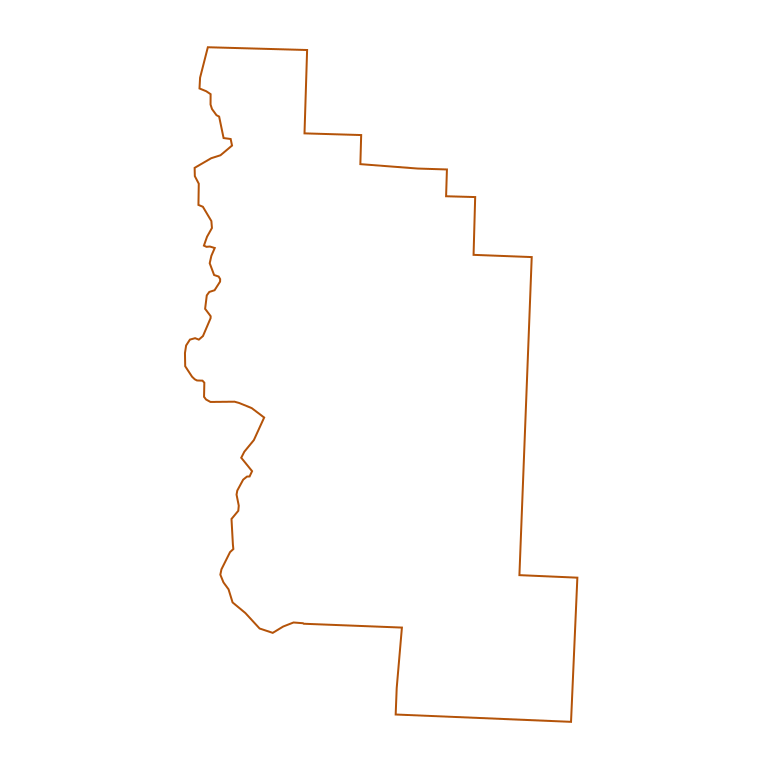 the district of Clark, Idaho, United States of America, rotated 272°
{"feature_id": "52423323B27983791088415", "entity_name": "Clark", "entity_type": "district", "adm_level": 2, "iso_a3": "USA", "parent_name": "United States of America", "parent_adm1": "Idaho", "projection": "orthographic", "projection_center": [-112.256, 44.271], "detail": "fine", "context": "isolated", "style": "outline", "palette": "amber", "viewbox_px": 768, "rotation_deg": 272, "n_neighbors": 0, "source": "geoboundaries", "source_scale": "gbopen_adm2", "svg_char_len": 1386}
<svg xmlns="http://www.w3.org/2000/svg" viewBox="0 0 768 768"><g transform="rotate(272 384 384)"><path d="M54.1,407.2L52.9,582.7L197.2,584.0L197.7,526.0L457.4,527.0L516.0,527.2L516.2,469.0L574.0,468.6L573.8,439.5L600.6,439.4L600.5,410.1L602.9,352.7L632.0,352.5L631.7,295.8L715.1,295.5L714.4,196.2L683.7,189.5L672.9,189.3L670.4,196.1L667.6,200.6L657.2,200.9L652.8,202.5L646.8,207.2L645.5,209.9L624.2,215.1L623.5,222.2L617.0,223.8L606.9,212.6L603.6,203.4L593.4,187.2L585.1,187.7L577.7,191.9L556.5,192.3L554.8,196.8L540.8,205.8L533.9,206.6L525.0,202.0L516.0,199.2L514.9,201.8L515.3,205.2L514.0,210.1L506.1,207.0L498.6,205.6L487.0,210.4L485.6,215.0L483.1,216.6L480.6,216.6L471.8,211.4L469.9,206.2L466.4,203.8L452.9,202.6L445.7,208.4L443.7,208.4L425.6,201.4L421.9,197.4L423.2,193.6L421.6,188.5L415.6,184.9L408.0,184.0L394.8,184.7L384.6,191.9L382.1,194.7L381.0,197.0L381.0,202.5L379.0,204.4L364.9,204.6L362.3,206.7L360.0,211.2L361.1,235.2L360.0,239.8L355.3,252.6L346.3,265.4L323.4,255.9L311.5,246.8L305.3,243.9L292.3,255.2L286.9,252.9L286.7,250.3L283.5,246.6L272.4,241.1L268.3,240.5L257.3,243.1L252.2,242.8L243.8,236.3L218.2,238.6L213.8,239.2L210.6,236.0L193.1,228.0L187.7,227.1L180.1,230.5L173.4,235.8L160.4,240.3L150.3,253.4L135.3,268.2L131.4,281.5L138.1,291.7L142.5,301.9L142.1,311.4L141.6,312.1L141.2,410.4L80.5,407.3L54.1,407.2Z" fill="none" stroke="#b45309" stroke-width="2"/></g></svg>